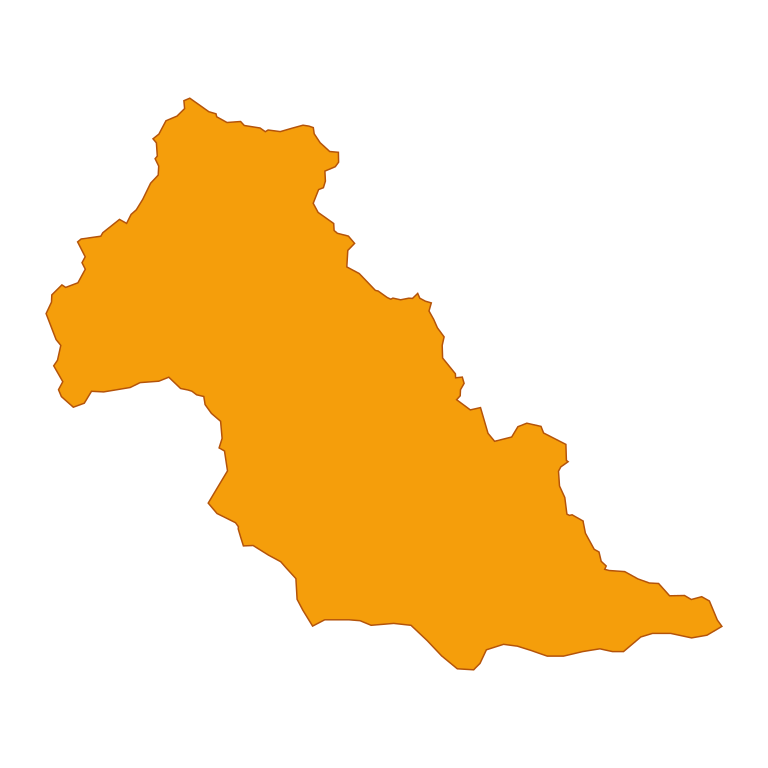 Patillas, Puerto Rico (orthographic projection)
{"feature_id": "32010507B91916522285611", "entity_name": "Patillas", "entity_type": "district", "adm_level": 2, "iso_a3": "PRI", "parent_name": "Puerto Rico", "parent_adm1": "", "projection": "orthographic", "projection_center": [-66.007, 18.039], "detail": "fine", "context": "isolated", "style": "filled", "palette": "amber", "viewbox_px": 768, "rotation_deg": 0, "n_neighbors": 0, "source": "geoboundaries", "source_scale": "gbopen_adm2", "svg_char_len": 2738}
<svg xmlns="http://www.w3.org/2000/svg" viewBox="0 0 768 768"><path d="M431.3,302.9L425.4,301.2L419.8,298.2L417.7,293.4L412.5,298.4L408.7,298.2L400.6,299.8L392.9,298.1L390.8,299.2L387.2,297.5L378.1,291.0L375.4,290.4L359.3,273.6L346.8,266.9L347.8,250.4L354.6,243.4L348.4,236.1L337.4,233.3L334.1,230.5L333.7,223.5L318.1,212.4L313.2,203.3L318.6,189.6L323.4,187.7L325.4,181.1L324.9,171.1L335.3,166.7L338.6,162.2L338.4,152.3L329.7,151.5L320.1,142.7L314.2,133.8L313.3,127.6L308.9,126.1L303.0,125.2L292.4,128.1L280.3,131.6L268.1,130.0L265.3,131.7L260.1,128.0L244.3,125.5L240.6,121.5L227.0,122.5L216.7,116.8L216.0,113.8L208.8,111.7L189.8,98.2L183.9,100.7L184.6,108.6L177.0,116.1L166.0,120.7L158.9,134.1L153.0,138.8L156.4,142.9L157.3,156.1L155.1,158.7L158.7,166.1L158.2,175.1L150.6,183.2L142.7,199.4L136.3,209.8L131.1,214.4L126.6,223.4L119.5,219.4L102.8,232.7L100.8,236.2L81.1,239.0L77.6,241.9L85.2,256.8L82.0,262.7L85.3,269.2L77.9,282.8L65.7,287.4L61.9,284.9L51.8,294.9L51.5,302.1L46.1,313.6L56.1,339.6L60.8,345.4L57.5,360.2L53.7,365.8L62.8,381.7L58.5,389.7L61.4,396.6L73.3,407.2L84.3,403.2L91.5,391.3L103.7,391.9L130.2,387.5L140.1,382.6L158.8,381.2L168.8,377.2L180.6,388.5L188.0,390.0L191.9,391.2L196.6,394.8L203.8,396.5L205.1,404.6L211.5,413.5L220.6,421.3L222.1,438.4L219.1,447.9L224.5,451.0L227.5,470.9L226.1,473.2L213.1,494.9L208.2,503.1L217.0,513.5L235.5,522.7L238.4,526.7L238.2,528.9L240.6,537.0L243.4,545.9L253.1,545.5L268.6,555.2L280.7,561.7L286.6,568.4L295.9,578.6L297.1,599.3L302.9,610.3L312.6,626.1L322.0,621.2L324.7,619.8L325.6,619.8L348.3,619.8L349.2,619.8L360.1,620.7L362.7,621.8L370.7,625.1L371.0,625.3L393.7,623.4L411.0,625.3L427.3,640.7L432.2,645.9L440.8,655.0L441.7,656.0L441.9,656.1L445.4,659.0L457.3,668.8L473.7,669.8L475.9,667.5L480.0,663.4L486.4,649.8L503.6,644.3L504.2,644.4L516.0,646.0L517.2,646.1L518.8,646.6L531.8,650.7L534.3,651.6L540.0,653.6L547.2,656.1L563.6,656.1L582.6,651.6L593.0,649.9L599.9,648.8L604.7,649.9L612.6,651.6L623.5,651.6L637.2,640.0L639.9,637.7L640.7,637.0L652.5,633.4L670.7,633.4L691.6,637.9L707.0,635.2L721.9,626.4L717.3,620.0L709.4,601.0L701.7,596.7L691.3,599.5L684.5,595.5L669.6,595.8L658.6,583.5L649.3,583.0L637.9,578.9L624.7,571.6L609.1,570.5L604.7,569.3L606.2,566.0L601.2,561.3L599.0,552.0L594.2,549.3L585.4,533.2L583.2,522.0L583.2,521.1L572.1,514.8L569.4,515.4L566.9,514.1L564.8,497.5L559.5,486.0L558.5,471.2L560.8,466.9L568.1,461.7L566.4,460.4L565.9,444.4L543.6,433.0L541.0,426.4L526.8,423.2L517.9,426.7L511.7,437.0L494.6,441.3L488.0,433.3L480.5,407.6L470.3,409.9L456.6,399.7L460.2,395.8L460.5,389.7L464.1,383.4L462.3,377.1L455.6,377.8L455.4,373.8L442.6,358.0L442.2,345.4L444.1,336.9L437.4,327.8L433.7,319.4L429.0,311.0L431.3,302.9Z" fill="#f59e0b" stroke="#b45309" stroke-width="1.5"/></svg>